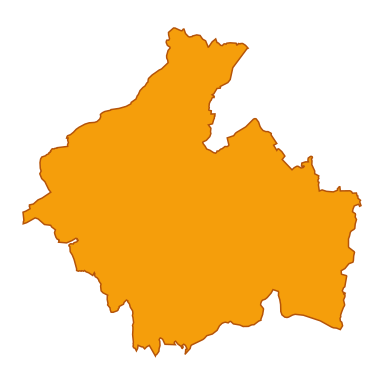 Galgau, Salaj, Romania
{"feature_id": "2599482B89090137886863", "entity_name": "Galgau", "entity_type": "district", "adm_level": 2, "iso_a3": "ROU", "parent_name": "Romania", "parent_adm1": "Salaj", "projection": "mercator", "projection_center": [23.697, 47.286], "detail": "fine", "context": "isolated", "style": "filled", "palette": "amber", "viewbox_px": 384, "rotation_deg": 0, "n_neighbors": 0, "source": "geoboundaries", "source_scale": "gbopen_adm2", "svg_char_len": 5946}
<svg xmlns="http://www.w3.org/2000/svg" viewBox="0 0 384 384"><path d="M344.6,304.5L343.5,300.0L344.9,296.8L345.0,294.9L343.9,294.2L343.6,293.4L344.0,293.0L344.2,293.6L344.8,293.8L345.2,293.2L343.1,292.2L342.3,290.8L343.6,287.7L344.8,286.8L346.7,276.1L346.3,275.6L341.7,274.3L341.4,273.9L341.2,270.7L344.9,268.6L348.9,263.7L352.9,262.2L353.4,260.6L353.7,255.9L354.5,252.4L354.1,251.6L348.8,247.5L348.5,246.6L348.5,238.9L349.5,236.1L350.3,232.4L351.3,231.0L353.9,229.4L354.8,228.4L355.2,224.1L356.5,219.5L355.2,217.1L355.5,214.5L355.3,213.7L352.5,211.7L353.0,209.1L354.3,205.9L358.3,204.3L358.8,204.6L359.6,206.3L361.0,205.6L359.8,202.1L359.8,201.4L360.5,200.3L358.0,198.3L357.8,195.9L357.1,195.8L356.4,193.0L352.5,193.2L351.5,191.6L349.9,190.8L340.3,190.9L339.9,186.8L339.3,186.7L337.4,188.9L337.6,189.9L337.3,190.3L333.3,191.9L326.4,191.3L322.1,189.9L319.3,191.0L318.4,184.8L319.0,182.3L318.3,182.0L318.0,181.3L318.0,179.8L318.8,178.5L318.4,177.3L318.8,175.9L314.7,173.7L314.7,171.0L311.8,164.6L312.0,160.8L311.4,158.9L312.4,157.8L312.3,156.9L311.6,156.4L310.5,156.4L308.2,158.1L307.9,160.3L308.4,161.8L305.3,161.9L301.8,163.1L301.5,166.0L302.0,166.3L303.8,165.9L304.2,166.3L303.3,167.5L301.0,168.0L297.9,166.2L296.7,166.3L294.2,167.7L292.0,169.8L282.2,159.5L284.9,156.1L281.8,151.6L279.0,149.1L278.2,148.8L277.4,149.4L276.8,150.4L273.6,145.2L276.8,143.5L271.1,134.9L271.3,133.6L270.9,133.1L268.0,131.6L265.8,131.6L263.0,130.5L261.2,128.4L260.0,126.4L258.6,122.1L256.2,118.9L255.0,118.6L253.5,119.1L245.7,126.9L236.5,132.4L235.4,133.3L233.7,135.7L227.2,137.9L228.9,145.1L228.4,145.8L227.2,146.6L225.0,146.5L222.1,148.7L220.6,149.2L218.5,151.1L217.1,151.0L216.6,152.3L215.6,153.2L213.5,152.6L210.0,150.3L206.7,149.0L205.1,146.2L203.1,143.6L202.7,142.4L203.1,141.9L206.4,140.3L209.8,136.6L210.9,133.5L210.5,131.9L210.9,128.2L208.4,124.9L212.5,123.8L213.7,119.6L214.3,118.4L214.5,116.0L214.9,116.0L215.0,113.9L211.0,114.0L211.3,110.8L208.9,110.2L208.8,109.4L209.3,107.8L209.0,106.8L209.3,103.6L210.4,101.0L211.2,100.2L212.1,98.0L213.2,97.2L213.9,97.6L214.3,96.9L214.0,96.0L212.1,94.8L213.8,93.8L217.0,88.5L220.3,88.1L220.5,87.1L220.2,86.5L227.8,82.6L230.2,79.6L232.8,67.7L246.9,48.8L248.1,48.2L245.5,45.3L242.7,43.5L240.8,43.5L240.1,43.9L238.6,43.5L237.7,44.7L236.8,45.0L236.5,44.6L236.5,43.5L236.1,43.2L230.2,42.8L226.8,43.2L226.0,44.2L225.0,43.8L223.8,44.0L222.3,45.6L220.7,45.4L218.5,43.1L217.0,42.5L215.7,38.9L212.1,41.9L208.8,46.8L208.2,47.1L205.6,40.8L202.6,39.1L200.1,35.5L196.8,34.9L192.5,36.0L192.3,36.5L189.5,37.0L188.3,36.5L185.5,33.5L184.0,29.1L183.3,29.1L181.9,30.8L180.5,30.5L175.0,28.0L173.5,28.0L168.5,32.4L168.6,34.8L169.5,38.4L169.4,39.2L168.7,40.2L166.9,40.1L166.3,41.2L166.2,42.6L167.4,45.4L170.0,47.2L170.0,48.2L168.1,50.4L166.6,55.7L166.7,58.0L167.7,60.2L168.1,62.7L161.5,69.0L159.2,70.0L152.1,75.0L148.8,78.2L148.3,79.0L147.9,82.1L146.8,83.0L145.0,86.0L142.9,87.5L140.0,90.6L138.3,94.6L137.3,95.7L136.0,99.0L131.2,102.4L130.8,103.9L126.1,106.4L119.1,108.4L110.9,109.6L110.6,110.2L104.8,111.5L102.4,112.7L100.4,114.4L100.7,116.8L99.8,119.0L97.1,121.5L94.6,122.4L89.2,122.8L85.0,124.1L79.0,127.3L76.2,129.3L73.5,132.2L70.4,134.7L67.7,135.7L67.1,136.4L66.6,138.1L68.1,138.1L67.6,139.9L68.4,142.7L67.6,144.5L67.7,146.4L57.0,147.7L56.9,148.2L55.0,148.3L54.1,148.9L52.2,148.8L50.6,150.8L50.8,151.3L50.0,151.9L50.1,152.3L48.9,152.8L48.8,153.7L46.4,154.8L45.7,155.7L41.8,157.0L40.6,159.0L40.0,162.6L40.3,168.3L41.1,171.1L39.8,173.8L41.7,178.6L44.9,181.7L48.7,189.5L50.8,192.2L42.2,198.0L38.0,199.9L33.4,204.0L29.5,204.9L29.6,206.1L29.3,206.2L30.1,208.7L25.7,211.2L23.0,212.2L23.9,220.5L23.4,221.6L23.2,223.8L26.6,222.7L35.1,217.9L38.1,218.9L44.4,224.5L50.7,225.3L51.6,226.9L55.4,229.8L54.5,232.7L54.8,234.0L55.9,237.2L57.1,239.1L58.8,239.7L58.7,240.6L59.1,240.8L58.6,242.2L66.6,242.9L72.1,240.5L75.8,238.3L77.1,238.6L77.0,239.7L78.0,240.0L78.1,240.5L76.7,241.9L74.0,242.7L73.3,243.9L70.4,243.8L68.9,245.1L69.0,246.0L69.6,246.2L69.9,246.7L70.2,251.7L72.3,255.0L74.1,259.5L76.6,268.8L76.6,270.5L78.3,271.2L79.7,270.8L81.2,271.2L81.7,270.7L83.7,271.2L84.5,270.5L86.2,271.9L88.5,272.7L92.8,275.5L94.3,272.7L94.8,273.7L94.6,275.1L95.2,276.7L97.0,277.7L98.5,279.5L99.0,281.1L101.0,284.1L100.6,286.1L101.1,290.8L103.0,292.8L107.7,295.2L107.3,296.1L107.2,299.5L108.0,303.4L107.6,304.9L110.0,307.9L110.3,310.0L111.1,312.2L113.1,312.3L117.2,310.8L118.2,309.8L118.3,308.8L119.2,307.7L119.2,306.5L123.5,304.2L124.1,302.4L126.4,300.0L127.8,300.8L127.6,301.6L129.4,303.9L130.3,307.2L132.6,310.9L132.9,313.3L132.4,315.7L132.9,317.2L133.6,322.6L132.5,325.5L132.9,327.0L132.9,330.3L132.6,334.5L133.4,342.2L133.1,343.8L133.4,345.0L133.0,346.1L133.6,347.7L135.1,348.4L136.4,350.9L137.6,348.5L138.1,345.3L141.4,346.8L142.8,346.9L144.7,348.9L146.6,346.9L149.3,345.4L155.4,356.0L155.7,355.1L156.7,354.5L158.9,351.4L159.1,348.8L160.0,345.6L159.8,341.2L159.1,339.8L159.9,338.2L160.5,337.9L162.6,339.2L165.0,344.3L175.3,344.7L174.2,343.0L174.6,341.8L175.6,341.2L177.8,344.0L181.0,346.3L182.0,348.3L182.4,348.4L183.1,347.3L182.9,346.3L182.2,345.4L183.8,344.2L184.4,344.6L185.5,345.5L187.1,348.9L186.8,349.4L185.7,349.4L185.4,353.1L184.9,354.4L190.1,348.6L190.8,346.0L191.4,345.1L202.8,339.6L204.4,338.4L206.8,335.7L212.4,334.0L217.1,330.3L219.5,325.8L222.0,323.4L224.0,322.5L225.4,322.2L228.2,322.9L229.6,321.6L230.7,321.4L233.4,323.9L239.8,325.0L243.1,326.5L248.4,326.4L251.8,324.8L254.0,324.7L258.7,321.1L261.0,320.2L260.9,319.2L262.6,314.6L263.5,309.3L263.4,308.5L260.6,305.0L260.8,303.2L261.5,301.4L262.4,300.2L265.2,299.2L267.2,297.6L271.1,293.1L273.0,289.6L278.3,291.4L278.6,292.4L278.4,295.3L279.8,299.7L280.6,304.5L280.8,311.6L282.0,314.9L284.7,317.1L287.0,317.5L288.6,317.1L292.6,315.0L295.1,314.3L303.3,315.2L320.2,320.8L331.4,327.0L333.4,327.8L336.5,328.1L340.3,329.6L342.6,325.8L341.8,322.3L340.4,321.0L340.0,318.3L340.8,316.8L340.6,315.2L341.8,311.6L343.4,307.5L344.5,305.6L344.6,304.5Z" fill="#f59e0b" stroke="#b45309" stroke-width="1.5"/></svg>